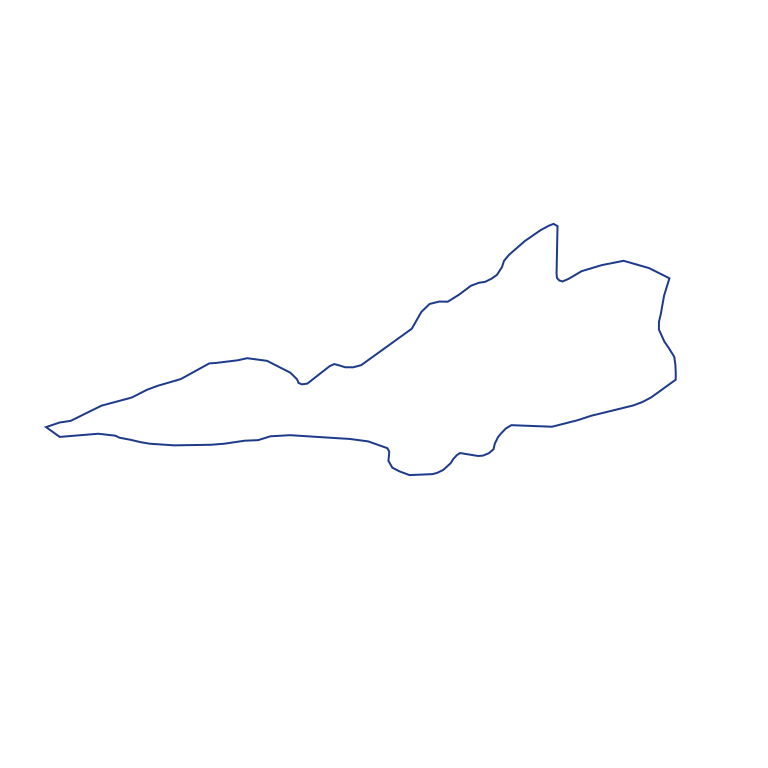 outline of Pueblo Nuevo, Suchitepéquez, Guatemala, rotated 230°
{"feature_id": "79465075B83256235526272", "entity_name": "Pueblo Nuevo", "entity_type": "district", "adm_level": 2, "iso_a3": "GTM", "parent_name": "Guatemala", "parent_adm1": "Suchitepéquez", "projection": "equal_earth", "projection_center": [-91.526, 14.668], "detail": "fine", "context": "isolated", "style": "outline", "palette": "blue", "viewbox_px": 768, "rotation_deg": 230, "n_neighbors": 0, "source": "geoboundaries", "source_scale": "gbopen_adm2", "svg_char_len": 1497}
<svg xmlns="http://www.w3.org/2000/svg" viewBox="0 0 768 768"><g transform="rotate(230 384 384)"><path d="M281.5,670.6L302.5,661.5L324.4,646.7L335.1,627.2L343.4,607.9L345.9,593.0L347.8,586.7L350.7,584.8L354.1,584.7L357.6,587.1L393.4,618.4L397.7,616.8L399.2,612.3L401.2,603.0L403.0,583.7L402.6,562.8L401.2,555.1L397.7,549.5L395.0,540.6L395.6,533.9L397.3,527.0L400.5,521.9L403.4,513.7L404.2,498.9L406.1,485.7L411.6,479.4L416.0,470.4L415.2,458.9L408.5,440.9L413.1,378.6L416.7,371.0L421.7,365.1L428.3,360.8L431.3,358.6L432.6,353.7L433.6,325.5L436.5,320.9L439.8,319.2L443.4,320.4L452.9,319.5L476.9,309.3L491.7,295.8L496.0,287.5L508.0,269.0L512.1,263.4L518.4,231.5L528.1,209.5L531.9,198.8L535.8,182.0L549.0,153.7L557.2,120.2L563.0,110.8L568.2,97.4L551.9,101.6L529.6,133.1L517.1,145.0L512.8,146.9L504.3,153.9L496.0,160.1L488.9,166.1L471.9,183.8L448.9,212.1L440.9,223.3L430.2,240.7L421.9,251.5L417.0,263.3L405.2,279.1L368.8,317.3L364.3,322.1L350.2,335.0L332.7,345.3L328.9,344.6L326.2,342.0L322.3,338.0L314.6,336.6L307.3,339.6L297.8,345.0L283.8,363.2L281.8,367.5L280.1,374.0L280.5,384.3L282.0,388.9L282.7,394.1L282.2,397.9L268.4,409.8L265.5,413.8L263.6,419.8L263.6,425.9L267.1,430.6L270.0,437.2L270.9,441.8L271.6,448.8L270.6,455.1L243.3,485.2L231.9,508.8L226.5,522.3L207.3,561.3L204.1,570.4L202.0,580.1L199.8,610.2L204.7,614.4L211.2,619.4L218.2,623.8L228.7,625.3L236.2,626.0L249.0,629.6L254.9,634.6L260.2,641.7L263.7,645.8L271.7,655.4L281.5,670.6Z" fill="none" stroke="#1e3a8a" stroke-width="2"/></g></svg>